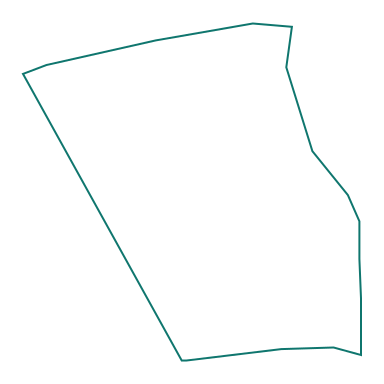 32, Ad Dawhah, Qatar (Albers equal-area conic projection)
{"feature_id": "91078587B42740082367526", "entity_name": "32", "entity_type": "district", "adm_level": 2, "iso_a3": "QAT", "parent_name": "Qatar", "parent_adm1": "Ad Dawhah", "projection": "albers", "projection_center": [51.478, 25.327], "detail": "fine", "context": "isolated", "style": "outline", "palette": "teal", "viewbox_px": 384, "rotation_deg": 0, "n_neighbors": 0, "source": "geoboundaries", "source_scale": "gbopen_adm2", "svg_char_len": 321}
<svg xmlns="http://www.w3.org/2000/svg" viewBox="0 0 384 384"><path d="M23.0,73.9L181.7,360.5L186.6,360.5L281.3,349.1L333.6,347.5L361.0,355.0L361.0,298.3L359.4,259.0L359.4,221.3L347.9,195.1L312.4,151.2L286.3,67.3L291.9,26.8L252.8,23.5L155.8,40.4L46.5,65.0L23.0,73.9Z" fill="none" stroke="#0f766e" stroke-width="2"/></svg>